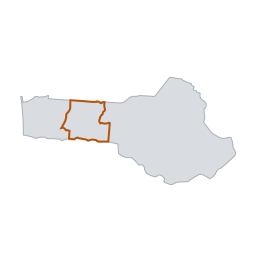 where Collines sits in Benin, rotated 94°
{"feature_id": "BEN-2171", "entity_name": "Collines", "entity_type": "Department", "adm_level": 1, "iso_a3": "BEN", "parent_name": "Benin", "parent_adm1": "", "projection": "orthographic", "projection_center": [2.189, 8.101], "detail": "fine", "context": "in_parent", "style": "outline", "palette": "amber", "viewbox_px": 256, "rotation_deg": 94, "n_neighbors": 0, "source": "natural_earth", "source_scale": "10m", "svg_char_len": 3356}
<svg xmlns="http://www.w3.org/2000/svg" viewBox="0 0 256 256"><g transform="rotate(94 128 128)"><path d="M104.2,237.2L103.8,236.0L109.7,234.4L108.5,229.8L104.8,224.3L103.4,223.2L102.7,220.5L103.6,218.7L103.1,217.5L102.8,213.8L101.1,209.7L104.3,209.5L104.4,196.4L104.4,183.7L104.4,172.9L104.4,164.4L103.8,154.2L103.7,146.7L103.6,136.8L102.4,133.7L97.5,128.5L96.1,125.8L95.9,122.2L94.8,118.5L94.7,112.0L94.7,104.5L94.2,103.2L88.9,99.6L81.3,94.5L75.5,90.6L75.1,90.4L74.5,89.4L75.4,77.9L76.6,76.4L78.5,71.7L79.4,67.9L80.2,68.0L81.4,66.7L82.3,64.9L83.3,65.3L85.0,65.7L85.8,65.0L85.7,63.6L86.3,62.2L87.6,61.6L87.9,60.3L87.9,58.8L89.1,58.4L91.0,58.5L92.6,58.0L93.9,57.3L95.6,54.3L96.5,53.3L96.8,52.6L97.7,51.9L100.3,51.6L102.4,51.9L103.7,53.6L112.7,52.1L116.9,53.0L125.6,45.5L127.6,43.3L130.2,38.1L131.1,36.0L131.9,32.4L130.2,25.7L130.3,24.6L133.9,23.1L138.4,22.0L140.1,21.9L141.2,21.3L142.9,19.9L145.5,18.8L147.1,19.2L148.0,19.4L157.5,28.2L161.6,32.6L162.7,34.9L164.8,36.6L167.9,37.6L170.8,39.8L173.0,43.1L171.6,45.3L169.4,50.0L169.3,53.7L174.6,61.4L175.2,62.2L176.6,63.4L177.3,64.9L177.9,68.7L178.3,73.0L178.8,75.9L181.3,79.9L181.5,81.6L179.8,87.6L179.3,88.3L178.9,88.5L176.1,87.9L175.0,88.6L173.5,90.7L172.6,92.7L172.6,93.6L175.0,97.4L173.5,102.9L171.9,106.4L169.1,108.3L166.6,108.8L164.9,109.7L163.9,111.0L164.0,114.9L160.3,118.5L158.3,121.0L157.3,122.6L157.7,127.2L156.4,131.9L154.1,135.6L149.0,136.4L144.7,136.9L143.2,146.3L143.3,152.3L142.9,158.4L142.2,160.8L142.5,164.3L142.2,172.2L141.6,178.5L142.4,180.2L142.8,183.8L142.8,187.6L143.9,190.2L145.1,192.5L145.1,193.7L144.5,194.5L143.9,195.4L143.9,204.4L144.2,207.0L143.8,208.7L142.9,210.1L143.3,214.6L144.0,217.5L144.8,219.6L144.1,221.4L143.4,223.8L142.5,229.7L142.4,231.8L127.6,233.2L111.1,235.6L104.2,237.2Z" fill="#d9dde1" stroke="#a8b0b8" stroke-width="1"/><path d="M141.1,177.8L141.4,178.4L141.8,179.4L142.7,180.3L143.0,180.8L143.1,181.3L142.8,186.1L142.7,186.1L135.5,186.1L135.0,186.1L134.5,187.6L134.4,188.6L134.7,189.5L134.6,189.9L134.1,190.0L133.7,190.3L132.6,191.9L132.2,192.6L132.3,193.5L132.6,194.4L126.3,191.5L123.8,190.7L121.7,190.5L119.9,190.5L118.2,190.3L116.9,189.3L115.6,188.2L113.7,187.4L112.1,187.0L105.0,187.4L104.3,187.4L104.3,186.8L104.3,179.7L104.3,174.1L104.4,168.5L104.4,164.4L104.1,161.4L103.9,161.1L103.7,161.0L103.6,160.8L103.8,160.0L103.8,159.4L103.8,159.1L105.0,157.2L105.1,156.5L105.0,156.2L104.0,155.0L103.9,154.6L103.8,154.2L103.8,153.2L104.4,153.2L106.3,153.3L107.0,153.2L107.6,153.2L110.6,152.4L111.2,152.3L111.6,152.2L111.8,152.3L112.2,152.4L112.5,152.6L112.8,152.9L113.7,153.9L113.8,154.0L114.0,154.1L114.4,154.2L114.6,154.2L115.7,154.2L115.9,154.3L116.0,154.3L116.3,154.5L116.8,155.2L117.1,155.5L117.4,155.7L117.7,155.8L118.8,156.2L119.3,156.6L119.5,156.6L120.5,156.7L121.0,156.8L121.9,157.1L122.1,157.2L122.3,157.2L123.2,157.1L123.8,157.0L124.2,156.8L124.5,156.6L125.0,156.2L125.3,155.8L125.1,155.6L124.8,154.7L125.3,151.7L124.7,148.5L124.5,148.0L124.1,147.6L124.4,146.5L142.9,146.7L143.6,155.3L143.7,156.4L143.4,157.6L143.1,158.0L142.4,158.8L142.2,159.2L142.2,159.5L142.3,160.2L142.3,160.5L142.0,162.0L142.0,162.6L142.1,163.5L142.4,164.3L143.1,165.7L143.3,166.5L143.3,167.3L143.0,167.9L142.7,168.5L142.4,169.1L142.3,169.8L142.2,171.9L141.8,174.1L141.7,176.4L141.5,176.7L141.2,177.4L141.1,177.6L141.1,177.8Z" fill="none" stroke="#b45309" stroke-width="2"/></g></svg>